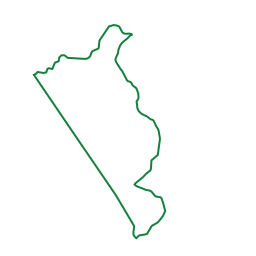 Heredia, orthographic projection, rotated 325°
{"feature_id": "CRI-1328", "entity_name": "Heredia", "entity_type": "Province", "adm_level": 1, "iso_a3": "CRI", "parent_name": "Costa Rica", "parent_adm1": "", "projection": "orthographic", "projection_center": [-83.91, 10.368], "detail": "fine", "context": "isolated", "style": "outline", "palette": "green", "viewbox_px": 256, "rotation_deg": 325, "n_neighbors": 0, "source": "natural_earth", "source_scale": "10m", "svg_char_len": 1905}
<svg xmlns="http://www.w3.org/2000/svg" viewBox="0 0 256 256"><g transform="rotate(325 128 128)"><path d="M149.3,45.9L150.1,45.4L154.8,40.0L169.9,34.2L171.1,33.9L171.8,34.4L174.4,35.1L175.1,35.4L175.6,35.8L176.1,36.2L177.3,37.3L178.1,38.3L178.8,39.4L178.9,40.2L178.9,41.0L178.3,45.7L178.3,46.8L178.5,47.6L179.2,48.5L180.0,49.3L180.9,50.0L182.9,51.2L183.7,51.9L184.3,52.6L184.8,53.3L184.8,53.7L184.6,53.9L183.5,53.6L182.7,53.5L181.8,53.6L179.4,54.2L172.8,54.7L171.5,55.0L169.1,55.8L165.2,58.3L162.9,60.8L162.0,61.5L159.9,62.6L157.9,63.9L157.1,64.6L156.7,65.1L156.3,66.4L156.0,68.5L155.7,75.6L155.9,77.8L154.6,87.7L154.6,89.1L154.8,89.6L155.2,90.1L155.9,91.0L156.2,91.5L156.5,92.0L156.6,92.7L156.5,93.4L156.3,95.3L156.4,96.1L156.5,96.8L157.4,99.1L157.5,99.7L157.5,100.9L156.2,105.7L154.2,108.9L153.3,109.8L152.8,110.2L152.3,110.5L151.7,110.6L151.1,110.7L150.6,110.9L150.1,111.5L148.3,115.0L147.6,116.0L146.9,117.6L146.7,118.6L146.5,120.0L147.0,123.4L147.3,124.3L150.4,129.9L151.1,132.4L151.5,133.6L152.1,134.6L152.8,135.4L153.1,136.0L153.1,137.1L152.9,138.7L152.2,142.1L152.0,144.9L152.1,145.5L151.8,146.8L151.2,148.5L148.4,154.4L147.7,155.5L137.0,167.1L128.6,168.0L124.1,173.7L122.8,175.1L121.7,175.5L116.6,175.9L112.2,176.8L102.1,177.6L101.0,178.1L101.2,179.2L102.0,181.1L107.2,188.9L110.2,192.1L110.8,194.0L111.2,199.5L113.0,201.6L114.1,202.6L114.9,203.4L115.1,205.1L113.7,209.7L110.9,217.3L106.4,220.0L100.4,221.9L98.0,222.4L92.2,221.9L91.1,221.9L82.7,225.7L80.1,224.6L75.6,222.4L71.6,223.0L71.2,221.0L71.2,219.8L71.3,219.1L71.4,218.4L72.5,216.6L76.7,212.1L76.8,211.6L79.5,176.4L79.9,144.6L80.2,118.1L80.7,80.8L81.4,31.4L81.4,30.5L83.4,30.8L86.1,30.3L90.4,34.5L93.0,35.5L95.6,33.5L97.2,33.5L99.9,36.2L105.6,32.6L109.5,33.5L112.2,30.8L115.2,30.3L117.7,32.0L118.8,35.9L132.5,46.8L134.0,47.5L136.1,47.9L138.4,47.4L141.5,45.2L143.1,44.7L149.3,45.9Z" fill="none" stroke="#15803d" stroke-width="2"/></g></svg>